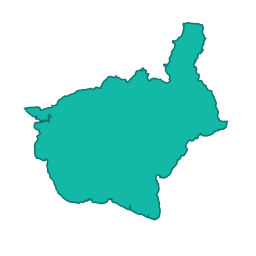 Eton, Shefa, Vanuatu, rotated 81°
{"feature_id": "77236927B17135940935596", "entity_name": "Eton", "entity_type": "district", "adm_level": 2, "iso_a3": "VUT", "parent_name": "Vanuatu", "parent_adm1": "Shefa", "projection": "orthographic", "projection_center": [168.474, -17.706], "detail": "fine", "context": "isolated", "style": "filled", "palette": "teal", "viewbox_px": 256, "rotation_deg": 81, "n_neighbors": 0, "source": "geoboundaries", "source_scale": "gbopen_adm2", "svg_char_len": 5715}
<svg xmlns="http://www.w3.org/2000/svg" viewBox="0 0 256 256"><g transform="rotate(81 128 128)"><path d="M74.6,139.7L75.9,141.0L78.3,144.8L80.4,146.0L80.5,146.8L82.1,147.2L82.8,148.3L84.2,148.3L84.1,150.5L83.2,151.4L83.2,152.7L82.7,153.1L83.9,155.3L84.4,157.3L84.1,158.0L83.3,158.2L83.1,159.1L83.5,161.4L83.3,162.8L83.7,163.9L83.1,165.9L83.5,170.3L83.0,170.9L83.6,172.7L84.7,174.4L84.8,175.3L85.7,176.3L85.9,177.1L85.6,178.2L86.0,179.0L86.1,180.6L87.1,182.0L86.6,185.2L87.2,186.9L88.0,188.5L89.0,189.6L89.4,191.8L91.9,193.8L93.4,194.2L94.2,195.9L94.4,197.3L94.4,198.9L94.1,199.4L95.4,199.3L95.8,200.0L95.5,203.2L96.8,211.4L93.9,212.1L93.6,213.5L92.9,214.6L93.1,215.7L92.3,222.8L92.4,227.0L96.8,224.6L100.1,221.6L102.0,219.5L102.4,218.4L102.4,216.7L103.0,217.3L104.2,217.8L104.6,217.7L104.9,217.2L104.5,216.7L104.5,216.1L105.5,215.2L105.8,214.4L107.4,213.2L107.2,208.4L107.6,207.2L108.7,206.1L108.7,205.6L107.7,205.0L104.5,205.1L103.2,204.4L102.6,203.6L103.3,203.7L104.7,202.9L104.7,202.3L105.4,201.2L104.8,203.0L103.7,203.8L103.6,204.4L105.4,204.9L107.2,204.5L109.3,204.9L109.0,205.1L109.0,206.5L108.1,207.5L107.9,208.6L108.9,212.6L108.1,215.5L108.9,216.8L108.4,217.1L108.5,217.7L108.1,218.4L109.2,219.6L110.2,220.0L112.9,220.4L114.5,219.3L115.6,217.8L116.4,215.9L118.5,216.5L119.3,215.3L120.6,216.2L120.8,217.1L122.0,219.3L124.0,218.7L125.7,219.1L128.3,221.8L130.6,223.1L134.1,223.3L137.0,223.9L140.7,224.0L143.6,222.8L144.0,220.7L146.7,217.3L147.2,215.1L145.8,214.3L145.8,213.9L146.7,213.6L146.9,212.3L150.0,212.9L150.8,213.5L152.6,214.0L157.5,213.6L157.4,213.9L158.5,214.1L160.0,213.6L160.4,212.9L161.5,212.5L163.6,212.7L165.4,212.3L166.1,211.3L169.1,209.7L171.9,209.5L174.9,208.6L177.0,208.6L178.4,207.7L181.5,207.1L183.2,205.5L183.5,204.6L184.0,204.6L187.0,202.9L190.7,198.9L192.5,195.4L192.8,193.2L193.5,191.3L193.2,190.5L194.1,190.0L194.6,188.3L193.7,186.4L194.5,183.8L194.0,182.3L193.1,182.1L192.8,181.1L192.9,180.5L193.7,180.3L193.6,179.4L193.1,178.5L192.4,178.6L191.8,178.1L193.0,177.4L193.1,176.7L192.8,175.9L191.7,175.4L193.5,175.5L195.6,174.7L196.3,173.3L196.3,171.6L198.2,167.0L198.6,164.6L198.0,160.8L196.8,159.5L195.6,159.2L195.6,158.3L195.0,157.8L196.3,156.0L195.3,156.5L195.0,155.8L195.9,154.9L197.3,155.3L198.4,155.0L199.1,154.4L199.8,152.0L201.4,149.8L202.8,148.6L205.0,145.2L208.1,141.4L208.8,139.8L208.7,139.5L205.3,138.0L206.1,137.7L206.8,138.3L209.2,138.6L214.1,132.3L215.3,129.4L215.1,128.2L219.1,123.2L219.2,122.7L218.1,121.7L219.6,121.9L222.6,116.3L222.7,114.2L222.3,116.1L221.4,117.9L222.3,115.8L222.3,114.1L221.0,111.6L219.5,110.7L214.9,109.2L211.9,109.2L210.1,109.7L208.5,108.9L206.3,108.8L206.1,109.1L200.7,109.3L199.6,109.5L198.6,110.3L197.8,109.9L196.0,108.2L193.7,107.0L187.7,106.7L186.2,107.6L184.8,107.4L184.3,108.1L182.7,108.3L180.6,107.9L178.9,107.0L178.9,105.9L179.6,104.6L180.8,103.7L181.5,104.2L182.1,104.0L181.9,102.8L181.4,102.5L182.8,101.4L183.1,100.5L182.5,97.9L180.6,94.3L179.6,93.2L176.6,91.6L175.2,90.3L174.3,90.0L174.1,88.9L171.5,85.8L169.1,84.6L167.6,84.4L167.2,83.9L167.6,83.3L167.4,82.8L166.3,81.1L164.8,80.2L163.7,80.2L163.5,79.3L164.0,77.7L163.6,76.6L159.0,72.8L157.8,72.8L155.3,74.4L154.5,73.5L153.5,73.2L149.7,70.0L150.3,67.6L150.8,67.2L150.7,65.6L149.1,63.7L148.4,63.5L147.9,62.3L149.2,62.0L149.1,60.8L146.9,59.5L145.9,59.3L146.1,57.8L144.9,57.2L144.7,56.8L146.6,56.0L147.4,54.9L147.9,53.2L148.1,50.2L147.2,45.9L145.3,42.8L144.9,43.1L144.5,42.7L144.8,42.3L144.7,40.8L144.3,40.0L144.6,39.9L144.6,39.3L144.3,38.2L143.9,38.3L143.8,37.0L144.0,33.9L143.1,31.9L142.0,30.7L141.4,30.7L140.6,30.2L137.0,29.0L136.3,34.0L134.7,36.4L133.6,36.6L131.8,37.7L128.8,37.5L127.9,36.7L125.8,36.3L119.8,38.1L118.1,37.1L116.6,37.0L109.4,38.7L107.5,39.6L104.6,39.6L104.2,40.1L103.8,41.7L102.7,43.4L101.2,43.7L100.0,44.5L99.8,44.3L98.3,44.4L97.0,46.6L92.8,48.0L92.3,49.8L92.4,50.5L92.1,51.2L90.9,51.2L89.7,50.2L86.7,49.3L84.8,51.6L84.1,51.8L82.2,52.0L81.9,51.4L80.7,50.9L79.9,51.1L80.2,51.3L78.7,51.2L78.2,51.8L78.6,52.4L78.5,52.7L77.8,53.5L76.7,52.8L75.2,53.2L74.4,52.0L73.2,52.3L72.3,51.7L73.2,51.2L72.5,50.8L71.5,50.8L71.3,50.4L71.7,50.1L70.3,49.3L69.4,47.9L67.9,47.9L65.8,46.8L65.4,46.3L65.8,44.6L64.6,43.5L63.6,43.4L64.0,42.7L63.8,42.3L63.1,42.2L62.4,41.6L62.0,42.7L61.5,42.9L60.9,42.3L59.6,42.2L58.6,41.2L57.9,41.2L57.7,40.5L57.1,40.1L56.4,40.3L55.6,39.6L53.7,39.5L53.2,39.0L53.1,38.2L52.3,38.0L51.8,37.3L50.6,38.3L49.1,38.2L47.0,39.3L45.8,39.5L44.1,39.3L43.1,38.7L42.2,38.9L41.2,37.9L39.9,38.3L38.3,38.4L37.7,38.6L37.8,39.5L35.9,42.4L36.0,43.2L34.9,48.1L33.3,52.5L33.8,54.9L33.5,56.9L34.8,57.4L35.8,56.6L36.5,57.3L37.9,57.0L39.4,57.9L40.6,57.9L41.3,58.6L42.9,59.0L43.3,59.6L45.7,60.7L46.8,63.8L48.2,65.0L49.5,67.1L49.0,70.1L50.4,70.5L51.8,68.8L52.5,69.0L54.0,68.4L57.8,71.0L59.2,72.9L60.1,73.2L61.5,72.9L62.1,74.0L63.0,74.1L65.1,75.8L66.7,76.5L68.9,76.1L69.5,77.2L71.2,78.8L72.7,79.1L72.8,79.4L71.0,80.9L70.7,81.7L71.1,82.8L71.8,82.7L72.3,82.0L73.6,81.8L75.0,81.0L76.5,82.0L77.4,81.9L80.6,80.5L83.0,78.6L85.1,79.0L86.5,79.7L87.5,79.0L88.1,78.9L89.5,81.6L89.5,83.8L89.1,83.9L86.9,86.8L85.0,88.3L85.0,90.5L83.5,92.3L83.5,93.9L82.7,95.4L83.3,96.5L83.3,97.5L84.5,98.1L84.5,100.3L83.3,100.2L82.4,100.8L80.7,101.1L79.9,100.9L79.2,99.5L77.8,99.2L77.5,99.6L77.4,101.3L77.1,101.5L75.7,101.5L74.2,100.9L73.7,101.5L73.6,102.4L72.7,103.0L71.7,103.2L71.0,104.2L71.3,104.7L72.7,104.5L73.7,104.9L73.7,105.5L72.3,106.7L73.2,107.6L73.1,110.6L73.9,110.9L74.1,111.5L76.1,112.1L76.5,112.9L77.2,113.4L77.8,114.8L79.2,116.2L79.7,117.6L80.4,117.9L80.8,118.9L82.0,119.5L82.4,121.3L82.9,121.6L82.1,122.5L80.9,122.3L79.6,123.0L79.4,125.5L78.9,127.1L76.7,129.4L76.4,130.8L74.7,131.6L75.6,132.5L76.3,133.8L75.4,134.8L74.3,137.1L74.6,139.7Z" fill="#14b8a6" stroke="#0f766e" stroke-width="1.5"/></g></svg>